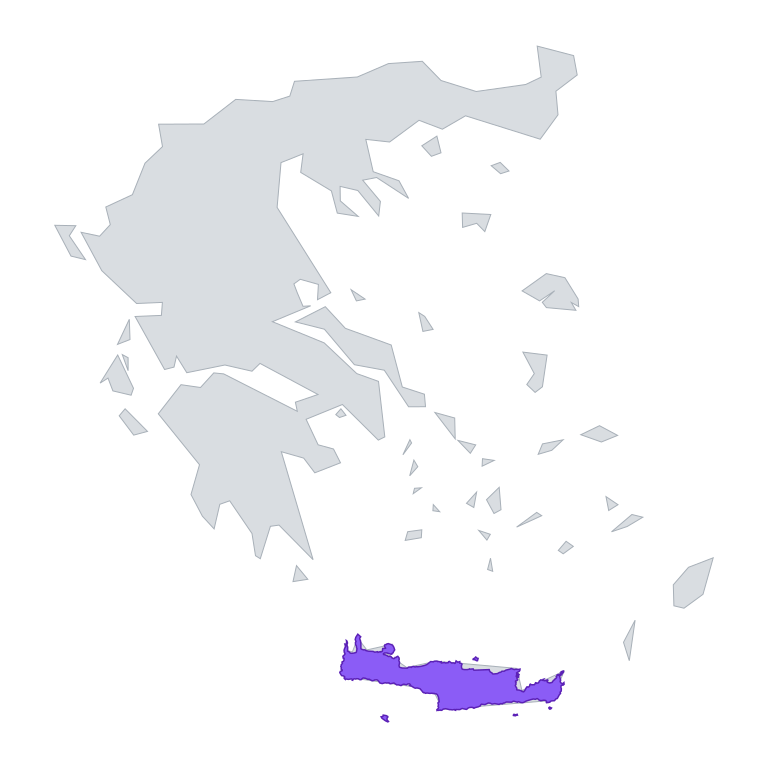 Kritis, Kriti, Greece (highlighted)
{"feature_id": "26713481B79456911033966", "entity_name": "Kritis", "entity_type": "district", "adm_level": 2, "iso_a3": "GRC", "parent_name": "Greece", "parent_adm1": "Kriti", "projection": "orthographic", "projection_center": [24.889, 35.249], "detail": "fine", "context": "in_parent", "style": "filled", "palette": "violet", "viewbox_px": 768, "rotation_deg": 0, "n_neighbors": 0, "source": "geoboundaries", "source_scale": "gbopen_adm2", "svg_char_len": 9812}
<svg xmlns="http://www.w3.org/2000/svg" viewBox="0 0 768 768"><path d="M537.2,46.1L573.6,55.6L577.2,75.0L555.9,91.2L558.0,114.8L540.2,139.2L465.5,115.8L442.4,129.2L419.0,120.3L389.6,142.0L365.8,139.4L373.2,171.7L399.0,180.8L408.6,198.4L376.6,177.5L362.7,180.2L380.4,201.4L378.7,216.0L357.8,190.5L340.1,186.4L340.3,200.9L358.2,216.4L337.3,213.1L331.4,190.9L300.7,172.4L303.1,153.8L281.0,162.6L277.1,207.4L330.8,292.7L317.5,299.7L318.4,284.4L300.2,279.3L293.9,283.9L297.2,292.6L303.0,306.3L310.7,305.8L272.4,321.7L324.2,342.9L356.8,373.6L378.5,381.4L384.8,436.9L378.3,440.1L342.4,404.5L306.1,419.3L318.1,444.8L333.5,449.0L340.5,462.8L314.8,472.8L303.7,458.1L281.3,451.7L313.1,559.7L279.0,525.1L270.4,526.3L260.3,558.7L255.5,555.7L252.0,533.5L229.7,500.8L219.8,504.3L214.1,528.9L202.4,516.2L191.0,494.5L199.5,464.7L158.3,413.8L181.0,384.7L200.5,387.5L213.8,372.9L223.7,373.9L297.3,411.3L295.4,402.2L318.0,394.5L260.0,363.4L252.0,371.2L224.9,365.0L186.8,372.7L176.5,356.1L174.0,367.1L164.6,369.5L135.1,316.5L161.4,315.4L162.4,302.4L136.6,303.5L101.8,270.7L81.1,232.3L99.6,236.2L110.3,224.6L105.8,207.0L132.4,194.7L145.0,163.2L162.5,146.6L158.6,124.2L203.9,124.0L235.7,99.4L272.6,101.6L289.8,96.1L294.5,81.3L357.3,77.0L388.4,63.6L422.3,61.3L441.0,80.5L476.2,91.5L525.7,84.5L541.2,77.1L537.2,46.1ZM366.8,649.9L391.9,644.3L387.2,654.0L406.7,667.5L436.1,661.2L516.8,668.4L521.9,690.5L564.1,671.1L552.1,700.4L442.4,709.3L435.1,694.1L415.4,687.1L345.7,677.0L344.2,649.7L352.4,651.9L357.7,638.0L366.8,649.9ZM325.3,306.7L345.3,328.3L391.2,345.0L402.3,387.0L424.4,394.2L425.5,406.7L408.6,406.8L384.3,370.2L354.4,364.7L324.4,329.2L295.4,321.9L325.3,306.7ZM564.9,277.7L578.1,299.0L578.7,306.6L571.3,302.5L575.9,310.3L546.4,307.6L542.3,302.3L554.7,290.7L539.6,300.9L522.1,290.9L546.3,273.6L564.9,277.7ZM684.0,608.2L673.9,605.8L673.3,584.8L688.5,567.3L713.2,557.8L703.0,594.3L684.0,608.2ZM542.4,386.8L535.1,392.4L526.8,384.5L534.3,373.6L522.9,352.1L547.1,355.1L542.4,386.8ZM117.7,355.0L133.5,388.3L131.1,395.2L112.9,390.9L108.0,378.1L100.1,383.1L117.7,355.0ZM85.5,259.6L71.0,256.1L54.8,225.3L75.8,225.7L69.3,235.8L85.5,259.6ZM490.8,214.5L484.8,231.6L476.7,223.3L462.6,227.4L462.2,213.0L490.8,214.5ZM599.5,425.7L617.6,435.4L601.4,442.0L580.8,434.7L599.5,425.7ZM441.0,152.8L431.4,156.3L421.8,145.8L436.9,136.1L441.0,152.8ZM125.1,408.8L147.5,431.4L133.7,435.1L119.2,415.8L125.1,408.8ZM501.0,509.7L494.0,513.5L486.5,499.7L499.2,487.3L501.0,509.7ZM454.7,418.0L455.2,438.9L434.9,412.5L454.7,418.0ZM635.1,620.2L629.3,660.7L623.5,642.3L635.1,620.2ZM130.0,339.5L117.5,344.4L129.3,319.3L130.0,339.5ZM307.8,579.3L293.0,581.6L296.5,565.6L307.8,579.3ZM611.5,531.8L631.9,514.5L642.8,517.2L627.2,526.5L611.5,531.8ZM538.2,454.3L542.5,443.9L563.1,439.8L551.8,450.3L538.2,454.3ZM476.6,492.1L473.8,507.5L466.5,503.3L476.6,492.1ZM475.7,444.9L470.3,453.3L457.9,440.4L475.7,444.9ZM433.1,329.4L422.9,331.4L418.8,312.6L424.7,316.4L433.1,329.4ZM509.0,171.0L500.6,173.7L491.2,165.7L500.2,162.4L509.0,171.0ZM421.8,529.8L421.3,537.7L405.2,540.4L407.7,531.7L421.8,529.8ZM541.7,515.7L516.6,527.1L536.7,512.4L541.7,515.7ZM411.6,443.0L402.9,454.8L409.9,439.7L411.6,443.0ZM494.2,460.4L482.1,466.2L482.5,458.7L494.2,460.4ZM573.3,546.4L563.2,553.8L558.3,550.4L566.1,541.3L573.3,546.4ZM618.0,504.7L608.7,510.5L606.0,496.6L618.0,504.7ZM417.8,466.7L409.7,475.8L413.9,460.1L417.8,466.7ZM128.1,357.7L128.1,370.7L122.3,354.6L128.1,357.7ZM490.3,534.3L486.9,540.1L478.7,530.4L490.3,534.3ZM365.1,299.1L356.4,300.9L351.1,289.7L365.1,299.1ZM346.0,415.3L339.5,417.5L335.8,414.6L340.9,408.8L346.0,415.3ZM421.4,487.8L413.2,493.7L414.5,488.3L421.4,487.8ZM490.5,558.2L492.7,571.3L487.6,569.5L490.5,558.2ZM439.7,511.7L432.9,510.7L433.3,504.6L439.7,511.7Z" fill="#d9dde1" stroke="#a8b0b8" stroke-width="1"/><path d="M363.7,649.9L361.7,649.3L360.9,648.7L360.9,643.7L360.5,640.8L359.7,638.8L359.8,638.0L360.7,636.8L357.8,634.2L355.8,637.3L355.2,639.5L356.0,641.6L355.4,642.6L355.5,644.0L355.7,644.9L356.3,645.8L356.6,647.8L357.0,648.7L356.4,652.0L356.0,652.5L353.3,653.2L351.0,653.3L350.1,653.0L349.1,651.8L347.6,651.2L347.7,647.0L347.2,646.1L347.0,644.3L347.4,643.5L347.4,642.4L346.8,640.9L346.4,640.6L346.7,642.3L346.2,643.4L345.8,645.3L345.5,644.4L344.9,644.2L345.3,645.7L345.3,647.1L344.6,648.4L344.1,650.4L344.3,652.3L345.0,653.4L344.8,654.5L343.0,656.1L342.9,656.6L343.3,658.3L343.9,658.2L344.1,658.5L343.9,660.5L343.4,661.4L342.2,661.7L342.0,662.4L342.4,663.4L341.2,664.8L341.2,665.6L340.8,666.6L341.4,667.8L341.1,669.0L341.5,669.7L342.2,669.9L342.2,670.5L341.9,670.9L340.3,671.4L339.8,672.6L341.1,674.9L341.8,675.7L343.2,675.8L344.6,676.6L344.7,677.3L344.2,677.7L344.2,678.4L345.4,679.5L345.7,679.0L346.0,679.0L348.4,679.4L351.2,678.9L352.2,679.2L352.6,679.7L352.3,680.2L352.7,680.3L352.9,679.6L353.7,679.0L354.6,678.8L355.8,679.1L356.7,678.7L358.4,678.8L359.6,679.6L361.0,679.7L362.7,678.2L363.5,678.0L365.4,678.3L367.7,679.3L369.2,679.2L372.1,680.8L374.0,680.4L374.5,680.0L376.6,679.8L377.5,680.1L378.4,680.9L379.9,683.0L382.2,683.6L385.2,682.7L386.3,683.0L389.0,682.8L389.4,683.5L390.5,683.8L393.9,683.0L396.7,684.9L398.5,684.8L401.0,685.6L402.7,684.5L403.9,684.2L406.4,684.8L407.6,684.0L409.4,683.8L410.0,684.2L410.4,684.9L409.7,685.5L411.5,686.1L414.4,687.9L415.5,688.2L417.0,687.9L420.0,688.7L422.8,692.0L423.1,692.8L422.9,692.9L424.0,692.5L425.4,693.3L427.0,693.0L429.9,693.4L432.1,693.2L433.2,693.6L433.9,693.3L435.0,693.8L436.2,693.8L437.4,694.7L438.5,697.3L439.2,701.8L438.1,702.5L438.0,703.5L438.4,704.6L438.3,705.5L438.0,706.3L438.6,707.3L438.2,708.5L436.9,709.6L437.0,710.5L437.9,710.2L438.7,710.4L440.2,710.0L440.7,710.3L441.8,710.3L443.2,709.1L445.6,708.7L449.9,709.7L450.8,709.6L452.2,709.9L454.3,709.5L454.7,709.6L454.9,710.1L455.6,710.3L455.7,709.6L456.1,709.5L459.8,709.6L462.1,708.5L466.3,709.4L467.0,709.1L468.2,708.0L469.5,707.5L471.8,707.3L473.5,707.7L473.5,708.1L474.1,708.2L475.2,707.6L478.4,706.8L480.0,706.0L480.4,705.8L480.9,704.6L481.5,704.2L484.9,704.6L488.3,703.0L490.2,703.2L492.0,704.1L494.8,703.6L499.1,704.4L500.5,703.6L502.5,703.8L503.3,703.1L504.5,703.0L506.3,702.0L511.7,702.2L512.6,701.5L513.8,701.2L517.5,702.2L518.1,701.7L518.7,701.7L520.7,702.5L522.4,702.7L523.7,702.4L526.3,701.0L530.6,699.7L533.3,699.0L535.6,699.3L536.9,698.6L537.6,698.7L538.8,699.9L540.8,700.7L543.9,700.2L545.7,700.5L546.6,701.7L546.3,702.2L546.5,702.7L548.4,702.5L550.0,702.1L550.3,701.4L551.6,700.9L554.4,700.7L556.2,698.7L557.3,698.5L559.4,694.6L560.5,693.5L560.1,692.2L561.0,691.4L561.3,690.8L561.2,690.0L561.4,688.9L560.9,687.4L561.1,685.7L561.8,685.1L563.0,685.2L564.1,684.3L563.9,682.6L562.7,683.7L561.0,683.0L560.2,681.8L560.1,681.1L560.6,680.7L560.6,680.3L559.7,676.5L560.2,675.4L561.7,674.8L562.1,673.7L563.6,672.0L563.5,671.1L563.3,670.9L561.1,671.8L561.1,672.1L562.3,672.1L562.5,672.5L560.4,673.1L560.6,673.5L561.5,673.6L561.6,673.8L561.5,674.1L559.2,674.6L558.9,675.5L558.3,675.3L557.9,674.5L557.2,674.8L557.0,675.2L557.2,675.6L556.2,676.5L556.6,677.2L556.5,677.6L555.8,678.5L555.1,678.8L554.5,679.8L553.5,680.3L552.1,682.4L549.8,683.0L547.7,682.4L547.1,681.8L547.9,680.2L547.3,679.8L546.0,680.6L544.1,680.7L543.3,679.7L543.7,679.2L543.0,679.4L542.6,680.3L540.9,679.8L539.2,681.2L538.8,682.5L538.3,682.9L536.5,683.3L536.2,682.8L535.6,682.7L534.7,684.4L534.3,684.7L531.7,684.8L530.3,684.1L529.8,684.8L529.8,685.6L528.8,686.9L528.0,687.1L527.1,686.8L526.6,687.2L524.6,690.8L523.7,691.8L522.9,691.7L522.8,691.3L521.8,691.4L521.3,690.8L519.1,690.1L516.9,689.9L516.7,689.7L516.8,688.2L515.6,686.3L515.3,685.4L516.0,684.2L515.8,683.4L516.1,682.7L515.9,682.1L515.5,681.9L515.6,681.0L517.0,680.5L517.7,679.8L517.0,678.7L517.0,677.3L516.4,676.8L516.2,676.3L516.7,674.6L516.6,672.8L519.4,671.2L519.9,670.2L520.0,669.1L518.8,669.4L515.4,669.3L514.3,669.6L511.2,668.5L510.1,669.1L505.9,670.1L504.2,671.2L501.9,671.2L500.7,672.3L499.5,672.4L497.4,673.6L493.5,674.0L492.5,673.8L491.9,672.8L490.4,672.1L489.6,671.0L489.2,669.6L474.4,670.2L473.8,670.1L473.2,668.9L469.3,669.2L470.1,668.5L469.2,669.2L467.3,669.6L464.5,669.6L462.7,669.3L462.2,669.1L461.6,667.8L461.4,665.7L462.0,664.5L461.7,663.6L459.9,663.2L459.8,661.6L457.8,662.2L456.1,660.9L455.2,663.2L454.7,663.4L453.7,662.9L451.6,663.0L449.3,661.4L448.6,661.7L448.2,662.7L445.3,663.0L444.6,662.5L441.4,663.0L441.1,662.7L441.2,661.7L439.9,661.9L438.8,661.5L437.6,661.6L437.1,661.1L434.2,661.2L433.5,661.8L430.6,661.6L427.0,664.5L425.0,665.3L421.2,666.3L417.5,666.8L416.5,666.6L415.0,667.0L413.8,666.5L412.1,666.7L411.2,667.4L410.5,667.1L408.5,667.2L407.3,668.2L402.0,668.0L399.7,667.3L399.4,667.0L399.0,665.4L399.5,663.2L399.5,662.1L398.8,660.4L399.2,659.4L399.1,658.0L397.8,656.3L397.0,656.6L396.1,657.5L395.1,657.4L394.5,658.4L393.5,658.6L392.1,658.0L390.6,656.3L388.3,656.5L387.2,655.7L385.1,654.8L383.8,654.6L383.4,654.1L383.5,653.6L384.4,653.0L386.8,652.9L390.9,654.2L391.8,654.1L391.8,653.6L393.2,652.7L393.4,651.9L394.7,649.9L393.8,647.2L392.6,645.2L392.1,644.9L388.3,643.6L386.7,644.0L386.2,644.6L385.1,644.6L384.4,645.6L384.6,646.5L385.4,647.6L385.5,648.3L382.7,648.5L382.4,650.8L382.1,651.4L380.9,651.9L380.6,651.9L380.5,651.6L380.3,651.6L378.0,652.4L377.6,651.7L374.8,652.2L373.1,651.4L368.5,651.2L365.9,650.6L365.0,649.8L363.7,649.9ZM387.8,716.5L386.2,715.6L383.2,715.1L382.9,716.4L381.1,716.8L382.0,718.3L385.5,720.8L387.8,721.9L388.5,721.5L387.2,720.0L386.9,719.1L387.3,717.6L387.8,717.2L387.8,716.5ZM475.7,657.0L474.8,658.0L473.2,658.9L473.1,659.5L475.2,659.9L476.5,660.7L477.5,660.7L478.1,658.5L477.6,658.5L475.7,657.0ZM518.2,677.4L518.6,677.1L518.6,675.6L519.1,674.5L517.8,673.6L517.6,673.8L517.3,675.0L517.8,676.1L517.3,677.4L518.2,677.4ZM517.4,715.1L517.2,714.3L515.3,714.8L514.0,714.3L513.3,715.2L513.4,715.5L515.4,715.8L517.0,715.0L517.4,715.1ZM549.9,709.2L551.0,708.7L551.5,708.0L549.6,707.1L548.9,707.6L549.0,708.5L549.9,709.2Z" fill="#8b5cf6" stroke="#5b21b6" stroke-width="1.5"/></svg>